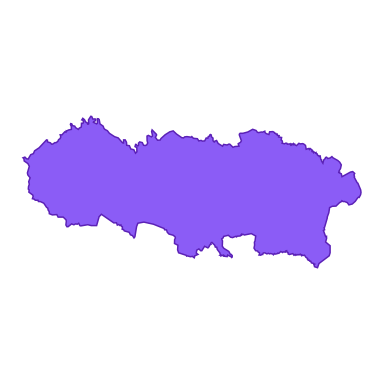 the district of Mae Wong, Nakhon Sawan, Thailand
{"feature_id": "78962969B87976118596438", "entity_name": "Mae Wong", "entity_type": "district", "adm_level": 2, "iso_a3": "THA", "parent_name": "Thailand", "parent_adm1": "Nakhon Sawan", "projection": "natural_earth1", "projection_center": [99.461, 15.832], "detail": "fine", "context": "isolated", "style": "filled", "palette": "violet", "viewbox_px": 384, "rotation_deg": 0, "n_neighbors": 0, "source": "geoboundaries", "source_scale": "gbopen_adm2", "svg_char_len": 6020}
<svg xmlns="http://www.w3.org/2000/svg" viewBox="0 0 384 384"><path d="M80.8,225.9L87.8,224.7L91.3,225.6L96.6,225.6L99.1,216.7L101.4,214.3L113.8,222.9L116.5,222.8L117.3,225.1L118.7,224.5L119.9,225.5L120.9,224.9L121.3,226.1L122.4,226.8L122.2,229.3L123.5,229.5L124.3,230.9L129.2,232.3L130.4,234.8L132.5,235.6L134.0,237.9L134.9,236.8L136.6,226.5L137.9,223.2L143.9,222.1L153.4,224.2L164.1,228.5L164.6,229.8L166.5,229.9L167.3,232.3L169.0,234.1L173.1,235.2L175.0,236.7L175.4,238.0L174.6,239.6L174.5,243.5L177.9,245.2L177.6,249.9L178.6,252.8L186.2,255.3L186.6,256.1L187.4,255.9L190.3,256.7L192.8,256.4L193.4,257.3L194.3,257.8L194.8,255.8L198.0,254.4L196.3,253.1L196.7,250.2L198.9,248.9L200.6,250.7L201.8,250.7L204.6,246.3L207.9,247.9L209.1,246.6L209.6,245.2L211.0,244.3L210.6,244.0L210.8,243.2L211.9,242.4L214.7,245.2L215.3,247.1L216.7,247.2L217.3,249.5L219.8,252.8L220.4,254.8L220.1,255.1L221.0,255.1L221.0,255.9L222.1,255.3L223.0,255.6L223.4,255.1L224.2,255.6L223.9,256.2L227.2,256.6L227.6,255.1L231.0,256.7L231.7,257.5L232.2,257.0L232.2,255.5L231.0,254.3L230.4,254.4L228.8,251.4L223.8,248.3L222.3,246.2L222.5,240.9L221.7,238.9L223.2,237.8L223.6,236.4L228.3,235.3L230.6,237.2L232.6,237.6L235.5,236.4L236.6,236.9L237.0,236.2L240.2,236.0L241.4,234.4L241.7,235.1L242.8,234.2L244.4,235.0L251.3,233.6L255.7,236.0L255.0,241.1L254.4,242.2L254.6,245.1L254.0,248.1L255.6,250.7L257.6,251.0L258.2,252.1L259.4,252.6L259.5,254.0L259.0,255.0L260.8,255.2L262.0,254.3L262.7,254.5L263.3,253.0L264.8,252.8L266.9,253.9L268.3,253.3L269.6,253.9L270.7,253.5L272.8,254.1L273.4,254.8L274.4,253.6L275.1,254.1L277.2,253.7L277.8,253.1L278.8,253.4L280.8,251.5L282.6,252.5L283.1,251.9L285.3,252.1L285.5,251.1L286.7,250.7L287.1,252.3L288.0,252.5L288.2,254.0L289.4,254.5L292.8,253.6L293.9,255.2L295.0,254.5L295.3,255.2L296.1,254.6L296.8,255.1L298.0,254.5L298.9,254.9L300.2,254.2L300.4,254.8L301.4,254.7L301.6,255.5L302.1,255.0L302.7,255.5L304.5,255.2L305.9,257.3L307.6,258.5L307.4,259.1L308.3,260.3L309.2,260.2L309.8,261.2L310.7,261.2L311.4,262.9L313.8,263.5L313.8,264.4L314.5,264.4L314.1,264.8L314.5,266.7L317.5,267.7L319.0,263.5L329.2,255.8L330.1,252.8L330.1,245.7L325.6,242.0L326.6,238.4L326.5,236.3L325.6,236.6L323.4,230.4L324.6,229.8L324.1,227.7L324.6,227.2L327.3,217.9L327.2,217.2L328.8,212.8L329.6,207.6L332.2,206.3L336.0,206.1L339.6,202.6L341.6,201.5L341.9,200.8L343.2,201.6L344.5,201.5L347.3,202.6L348.9,204.9L352.3,204.0L355.3,201.3L357.5,198.1L358.6,197.1L359.2,197.4L360.6,194.7L361.0,192.5L360.7,190.0L357.9,183.2L357.1,182.6L354.2,177.1L354.5,176.5L354.0,174.8L354.7,173.4L352.7,171.6L350.4,172.1L342.0,176.7L341.3,173.8L339.4,172.9L339.6,172.3L338.8,172.3L339.2,170.7L340.5,168.6L341.3,164.9L339.7,162.2L337.8,160.5L333.0,157.8L331.9,156.6L330.1,158.0L327.7,158.5L326.6,157.2L325.5,157.5L325.3,158.4L323.7,160.0L322.9,163.2L321.5,161.0L321.6,159.9L320.8,159.5L320.2,156.0L319.2,156.4L318.9,155.6L318.1,155.6L317.4,155.0L317.3,154.0L315.8,153.3L316.0,152.6L315.3,152.8L313.9,151.9L313.5,152.5L313.3,151.9L312.3,151.6L312.6,151.3L312.1,150.8L312.5,150.4L310.3,148.6L309.7,149.2L309.7,148.6L309.2,148.5L309.0,149.0L308.2,148.6L306.2,149.3L305.5,145.4L303.7,144.0L302.7,143.6L300.4,143.9L298.9,143.3L296.5,145.6L295.1,145.0L294.7,144.1L293.8,144.7L293.5,143.9L293.3,144.3L292.2,143.9L291.8,145.0L290.9,144.0L290.6,144.9L289.8,143.9L287.3,144.2L287.0,143.4L286.0,143.1L284.3,143.8L282.1,143.2L282.5,142.1L282.0,140.5L281.1,140.0L281.6,137.5L278.7,137.0L279.1,135.6L277.4,135.4L277.2,134.1L276.3,134.3L275.8,133.4L274.7,133.2L274.4,132.5L272.9,131.6L269.6,131.8L268.9,134.5L266.2,133.6L265.0,132.5L264.8,131.2L262.4,132.2L261.3,132.0L258.7,132.6L257.4,132.3L256.1,130.5L252.7,129.3L247.8,132.0L242.9,133.3L240.1,133.3L239.4,134.1L239.3,134.9L241.4,140.8L240.5,142.3L238.2,143.7L238.9,146.2L234.9,146.5L233.0,147.3L229.8,144.2L228.9,144.1L227.1,145.0L223.6,144.4L222.6,146.2L218.2,143.5L216.6,140.5L214.7,141.2L214.5,141.9L213.6,141.6L213.0,140.5L213.0,138.1L211.4,136.7L211.3,135.0L210.5,134.5L210.0,134.7L209.3,136.3L208.3,136.5L207.8,138.2L206.2,138.0L204.7,140.9L202.3,141.1L201.1,140.4L198.8,140.9L197.4,138.7L193.4,138.3L191.8,136.6L191.2,137.2L186.9,136.6L184.6,136.9L183.6,137.9L181.8,137.7L176.6,134.1L173.2,130.9L169.8,131.8L165.2,134.7L161.0,138.5L160.1,140.1L157.5,140.2L155.4,137.3L156.6,135.0L156.4,134.3L152.1,129.9L151.6,131.5L152.4,135.0L152.3,136.2L151.4,136.9L148.3,135.4L147.0,136.1L147.1,140.7L147.7,143.0L146.7,144.9L145.3,145.5L143.6,145.3L142.3,142.6L139.7,141.9L138.5,143.1L138.6,145.1L138.1,145.8L137.4,145.9L136.3,144.5L135.6,144.4L135.0,146.6L136.8,147.6L136.9,151.8L135.5,153.2L133.8,149.7L130.8,149.0L129.4,145.7L126.7,145.3L126.5,142.3L125.2,139.9L123.6,139.9L123.5,143.0L122.5,142.8L118.2,137.9L114.6,136.7L109.4,133.3L107.4,130.7L104.9,129.4L103.9,128.3L103.2,126.2L100.0,123.9L99.2,119.6L98.5,118.8L97.4,118.7L97.4,123.3L96.6,123.9L93.4,122.3L93.6,121.7L95.4,120.7L95.6,119.4L95.1,118.9L92.9,119.1L91.7,116.5L90.8,116.3L88.5,119.8L88.7,123.8L88.3,124.2L87.7,124.2L87.2,122.9L85.6,121.9L84.5,119.7L82.8,118.3L81.8,119.9L83.0,120.3L83.5,122.0L82.9,123.3L81.5,123.3L81.3,127.0L79.2,128.2L78.3,129.4L75.7,127.7L74.7,126.1L72.6,125.7L71.7,123.8L70.7,123.6L70.4,124.5L71.3,126.5L71.4,129.4L68.4,130.0L66.7,131.0L66.2,130.8L65.9,132.2L64.8,131.8L61.9,134.9L60.2,134.8L60.8,137.0L60.0,138.7L58.6,139.6L57.8,141.4L56.0,142.7L54.9,142.6L52.7,144.1L51.5,144.1L50.4,142.8L47.5,141.9L47.4,140.1L46.5,139.9L39.1,147.8L34.6,150.8L33.4,153.6L30.7,154.7L28.2,159.0L26.6,158.8L24.9,157.1L23.0,157.8L23.9,158.7L24.2,161.0L27.9,163.6L29.3,166.3L27.4,172.9L27.8,174.9L30.1,177.8L28.7,181.7L29.3,184.2L28.5,186.6L28.3,189.1L29.1,189.9L28.9,192.2L32.8,195.1L33.1,196.5L32.4,198.7L34.3,199.2L35.2,200.2L38.0,200.3L38.4,201.5L40.4,201.6L43.8,203.2L46.6,207.4L47.7,208.0L48.2,210.2L49.2,211.6L49.3,213.7L52.3,214.9L56.8,214.6L58.1,217.1L63.2,217.1L66.0,219.8L66.3,221.3L65.9,225.0L66.9,226.7L68.1,226.7L71.6,223.9L73.9,224.8L75.5,223.9L77.3,224.2L78.7,223.3L79.9,225.6L80.8,225.9Z" fill="#8b5cf6" stroke="#5b21b6" stroke-width="1.5"/></svg>